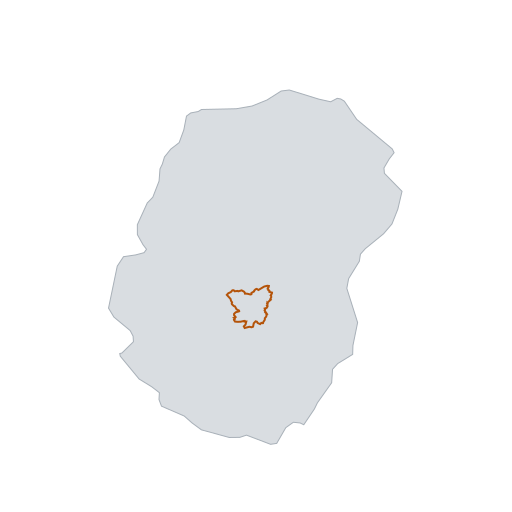 location of Dolneni, Dolneni, North Macedonia, rotated 307°
{"feature_id": "65306769B25269203277023", "entity_name": "Dolneni", "entity_type": "district", "adm_level": 2, "iso_a3": "MKD", "parent_name": "North Macedonia", "parent_adm1": "Dolneni", "projection": "orthographic", "projection_center": [21.418, 41.482], "detail": "fine", "context": "in_parent", "style": "outline", "palette": "amber", "viewbox_px": 512, "rotation_deg": 307, "n_neighbors": 0, "source": "geoboundaries", "source_scale": "gbopen_adm2", "svg_char_len": 2436}
<svg xmlns="http://www.w3.org/2000/svg" viewBox="0 0 512 512"><g transform="rotate(307 256 256)"><path d="M233.3,137.3L240.9,138.2L257.5,133.5L267.8,126.9L273.0,125.9L280.0,123.3L290.1,123.6L300.3,126.4L313.2,122.5L325.9,116.3L331.0,117.8L336.6,122.9L340.2,124.3L361.7,151.6L373.4,162.6L387.2,170.9L402.9,176.8L408.6,182.7L419.1,211.8L424.1,222.8L430.8,226.0L432.4,229.2L432.8,233.4L425.7,254.2L423.5,300.4L421.6,304.1L413.7,304.0L403.3,305.2L399.3,308.8L395.5,333.7L378.7,341.1L363.4,345.3L350.5,344.5L327.7,338.9L320.3,338.3L314.0,341.7L293.7,343.6L284.8,348.0L264.0,377.2L242.8,387.3L235.6,392.4L219.3,386.0L211.6,385.3L200.3,392.7L175.7,393.4L169.0,394.7L150.0,395.7L149.2,391.7L145.7,385.9L136.9,383.1L118.8,385.3L114.4,381.0L107.2,356.2L101.4,352.2L95.0,343.9L84.3,317.0L84.2,305.2L85.0,295.0L79.2,270.9L83.0,264.9L88.7,261.1L88.8,251.4L87.4,236.7L94.3,207.9L96.1,205.9L97.8,207.3L113.8,209.7L118.0,206.1L120.7,200.4L121.7,179.3L125.6,169.6L164.4,151.3L175.7,150.6L184.4,159.2L191.3,164.6L195.5,164.5L197.0,159.0L201.7,148.4L209.6,142.4L233.1,137.2L233.3,137.3Z" fill="#d9dde1" stroke="#a8b0b8" stroke-width="1"/><path d="M207.4,256.1L206.4,261.5L205.2,263.0L204.6,264.8L203.6,265.1L203.0,265.8L202.7,268.5L203.1,269.5L201.7,272.6L202.2,275.3L201.8,275.8L201.5,275.7L198.9,273.7L196.7,273.3L195.6,274.0L195.0,276.4L193.6,275.7L193.7,276.3L193.1,277.0L192.0,276.6L191.7,276.9L191.0,278.7L192.2,280.7L194.2,283.2L196.9,285.5L196.7,285.9L197.3,286.3L197.0,286.8L197.8,287.7L194.9,288.9L192.5,288.6L191.7,290.3L195.5,293.3L196.4,295.3L197.8,296.2L200.9,294.7L203.6,295.0L204.1,296.3L203.5,297.6L204.1,300.3L205.8,300.5L206.2,301.6L206.6,302.0L207.5,301.6L210.4,301.4L211.6,300.5L213.7,300.6L215.3,300.0L215.6,299.5L216.2,299.8L216.8,298.1L216.5,298.0L216.6,297.2L217.0,297.2L217.7,295.6L218.6,295.6L219.3,294.5L220.9,295.7L222.5,295.6L222.9,294.8L223.2,295.1L224.3,294.2L224.1,294.7L224.6,293.6L225.2,293.8L225.7,293.2L230.0,294.1L230.1,293.4L232.2,293.0L233.3,292.1L233.4,291.4L235.5,291.3L236.4,290.8L235.4,288.4L236.1,288.0L236.1,286.5L236.7,286.2L236.8,285.0L237.3,284.7L238.8,284.8L239.8,284.3L239.0,282.9L236.5,280.9L230.3,278.4L230.2,276.4L229.2,275.7L227.2,275.4L226.6,275.8L223.8,274.6L222.7,275.3L221.9,274.7L220.6,271.7L219.3,269.8L220.0,269.1L220.3,267.9L219.9,265.2L217.1,263.1L217.1,262.4L215.0,260.2L215.2,258.8L214.4,257.8L212.0,257.6L209.6,256.3L207.4,256.1Z" fill="none" stroke="#b45309" stroke-width="2"/></g></svg>